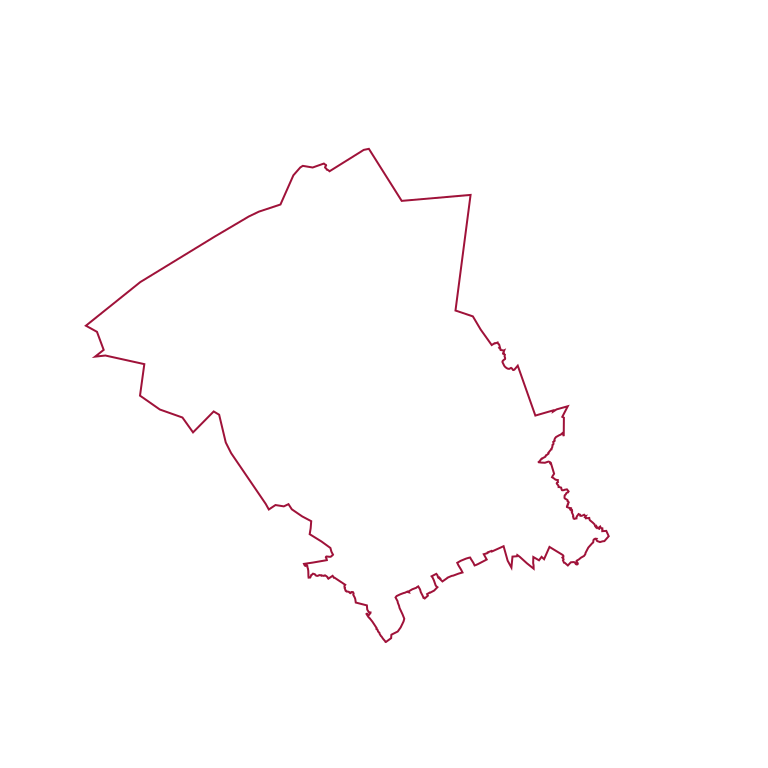 the district of Atoyac de Álvarez, Guerrero, Mexico, rotated 308°
{"feature_id": "50627088B21593643205085", "entity_name": "Atoyac de Álvarez", "entity_type": "district", "adm_level": 2, "iso_a3": "MEX", "parent_name": "Mexico", "parent_adm1": "Guerrero", "projection": "robinson", "projection_center": [-100.398, 17.312], "detail": "fine", "context": "isolated", "style": "outline", "palette": "rose", "viewbox_px": 768, "rotation_deg": 308, "n_neighbors": 0, "source": "geoboundaries", "source_scale": "gbopen_adm2", "svg_char_len": 6142}
<svg xmlns="http://www.w3.org/2000/svg" viewBox="0 0 768 768"><g transform="rotate(308 384 384)"><path d="M505.9,185.7L503.1,184.7L492.7,184.1L461.7,191.9L442.8,179.3L432.7,174.3L396.1,159.9L314.3,129.2L246.4,113.2L248.4,125.7L238.3,142.1L227.7,139.5L234.9,146.9L252.1,182.9L224.6,198.9L225.9,223.1L233.5,245.8L228.3,263.3L257.5,266.7L258.3,273.0L240.5,295.3L235.4,306.1L216.7,364.6L214.2,370.5L221.8,373.0L225.9,380.4L230.5,382.7L228.5,388.5L229.3,401.1L231.1,411.1L225.2,415.0L219.9,417.9L221.4,431.7L221.8,442.7L219.5,445.8L218.1,448.9L217.5,448.9L215.2,448.4L214.6,447.9L212.7,444.9L212.3,444.7L211.7,444.8L211.4,445.3L210.8,446.5L210.0,447.4L199.4,437.8L193.0,431.7L192.3,433.0L192.2,434.0L192.5,434.3L193.6,434.6L193.7,435.1L193.5,435.5L192.3,436.7L191.7,437.7L190.1,439.4L186.0,442.8L185.0,443.8L186.1,445.0L188.8,444.3L189.1,444.6L190.8,444.8L191.3,446.0L191.5,446.9L191.3,447.6L191.1,447.9L191.4,449.0L192.0,449.9L193.6,450.7L194.0,451.5L194.6,452.1L194.4,452.6L194.5,453.0L195.2,453.5L195.8,454.8L196.3,454.9L196.9,455.3L197.1,457.0L197.0,457.5L197.1,458.1L196.4,459.4L196.3,460.0L201.2,461.6L200.5,463.9L200.9,464.2L201.9,477.1L200.6,477.1L199.7,477.8L199.6,478.5L198.9,478.7L198.8,479.1L198.1,480.0L197.5,481.0L197.7,481.3L197.4,481.8L197.5,482.5L198.0,483.0L198.6,484.4L198.4,485.4L198.4,486.2L198.7,486.4L199.9,486.3L200.1,486.5L200.2,487.0L200.7,487.3L200.9,487.8L200.3,488.9L200.0,489.2L199.0,489.5L197.7,492.4L196.8,493.8L194.4,496.3L199.0,506.8L195.9,509.7L194.9,512.4L195.5,513.7L195.4,513.7L195.2,514.3L192.6,514.3L192.4,513.9L192.6,513.5L192.4,512.7L192.6,512.3L192.4,511.9L192.0,511.8L190.8,515.1L190.5,517.0L190.6,517.4L190.4,517.7L189.6,521.1L187.1,528.5L186.4,528.7L186.2,529.0L186.4,529.9L186.3,530.3L185.4,531.6L185.2,532.1L185.2,533.4L184.5,534.2L184.3,534.7L183.5,536.8L183.5,537.5L182.7,539.9L181.9,543.9L181.7,544.1L181.8,544.3L188.1,546.1L190.9,544.2L191.1,544.2L197.4,547.2L202.4,547.0L208.9,545.6L211.5,544.5L213.8,540.6L217.1,534.1L218.5,532.4L220.1,529.6L221.2,528.4L222.9,524.5L224.7,524.5L228.3,526.3L231.4,528.2L232.4,529.0L234.6,530.1L234.9,530.3L234.7,530.8L235.2,532.0L235.7,531.1L239.7,532.7L243.3,534.9L244.4,535.1L245.6,535.6L244.3,538.9L242.6,541.2L241.0,544.7L239.8,546.8L240.2,547.0L240.7,547.7L240.4,548.2L244.2,548.9L245.0,547.3L247.9,548.5L247.9,548.8L252.1,550.7L256.8,551.2L256.8,549.8L257.1,548.7L260.0,544.2L261.4,541.4L261.8,539.9L266.6,542.1L266.2,543.8L264.9,545.7L264.8,546.1L265.6,546.5L265.3,548.0L264.8,547.8L264.4,551.6L270.3,553.4L270.5,553.3L274.5,555.5L275.6,556.5L280.5,559.5L283.8,561.9L285.1,559.2L286.9,554.4L288.2,551.8L291.9,553.3L297.0,556.2L299.8,558.2L300.3,558.8L299.8,559.7L298.1,564.5L296.8,567.1L298.0,567.9L299.9,568.9L308.9,573.0L311.3,567.4L313.9,569.3L314.0,569.2L315.2,569.8L315.4,569.5L318.7,571.5L318.4,572.1L319.5,572.7L329.8,578.1L320.9,590.2L317.8,597.4L327.1,591.5L330.1,594.8L331.3,594.3L331.4,597.4L330.7,607.0L330.6,615.6L333.3,613.4L334.7,611.8L339.6,608.2L340.5,614.7L344.8,614.6L344.5,618.0L357.5,614.7L359.3,630.1L359.0,631.2L358.2,631.8L357.5,631.4L357.0,631.4L356.8,632.6L356.5,633.4L356.2,633.6L355.3,633.5L354.0,635.8L354.4,636.6L354.2,640.6L358.5,641.0L360.2,642.8L360.8,643.8L360.8,644.4L360.2,646.0L360.3,646.7L360.6,647.2L361.2,647.5L362.0,647.1L362.7,645.0L363.3,644.6L365.8,645.6L368.3,646.1L371.7,647.5L373.8,647.4L375.0,646.8L380.9,645.7L386.7,646.1L387.9,646.4L389.9,645.2L390.7,645.1L392.2,645.7L392.8,646.7L392.2,646.7L391.5,648.7L392.4,651.5L394.6,653.1L395.9,654.4L402.4,654.8L405.1,649.6L402.4,646.6L403.4,645.8L403.9,645.7L404.7,644.9L404.1,644.2L404.4,642.7L404.6,642.5L404.8,642.1L403.7,641.8L402.4,642.6L402.1,641.7L402.1,640.5L402.6,639.2L401.6,639.5L402.0,637.8L403.0,636.4L403.3,633.9L403.4,630.2L403.7,629.4L404.8,628.2L404.2,627.6L402.5,625.8L403.0,625.4L402.7,624.4L404.1,624.3L403.7,624.0L404.1,623.1L404.2,622.2L403.4,621.9L401.7,620.8L401.0,619.8L401.7,618.9L401.5,618.4L401.3,617.4L400.4,617.5L399.1,617.4L397.3,617.8L396.6,618.4L395.7,617.5L395.1,617.3L394.7,616.3L396.0,614.5L396.5,614.5L397.4,613.2L398.4,611.2L398.7,610.8L399.2,610.9L400.5,609.7L400.8,608.4L399.7,608.3L400.0,607.6L400.6,607.9L401.2,607.7L400.3,605.9L399.7,603.9L400.3,603.4L402.0,603.3L402.2,602.9L402.7,602.9L402.7,602.7L404.5,602.4L404.7,601.6L404.6,600.9L405.4,600.3L405.5,599.7L405.2,597.6L405.2,596.7L405.8,596.0L407.4,595.0L408.2,595.0L408.8,595.2L410.2,594.9L411.4,595.3L411.9,595.7L413.0,595.6L413.6,593.0L411.8,591.4L411.3,591.2L410.7,590.7L410.1,590.0L409.9,589.6L410.2,588.9L411.4,587.4L410.6,585.3L410.3,585.0L411.4,583.9L411.6,582.4L412.0,581.3L412.5,581.1L413.8,581.5L414.5,580.6L415.3,580.2L414.2,578.0L414.2,575.7L414.0,573.8L415.4,573.5L418.0,573.3L423.8,565.1L423.5,565.1L423.8,563.7L424.6,563.4L424.6,562.7L424.2,561.5L423.9,561.2L421.0,559.3L418.9,556.3L417.6,554.1L417.7,553.9L419.2,554.2L420.4,554.1L420.6,554.2L421.8,554.1L422.5,554.6L422.8,554.4L423.2,554.7L426.0,555.9L426.5,555.9L426.9,555.6L427.8,555.6L428.1,555.9L430.4,556.5L430.8,556.3L430.9,555.9L434.0,555.9L435.0,556.0L435.6,555.8L435.8,556.1L436.1,555.9L437.8,555.5L438.2,555.2L439.2,554.8L439.6,554.3L440.9,554.5L441.7,554.0L442.5,553.0L444.1,553.5L444.5,553.3L444.6,552.8L445.7,552.4L446.3,552.2L448.1,552.2L451.7,553.7L452.8,554.4L455.3,554.9L453.6,557.7L468.2,546.5L467.9,544.7L479.6,542.5L470.2,535.6L466.2,534.2L467.4,533.6L452.3,522.7L480.8,478.1L475.5,477.9L474.6,477.3L474.5,477.1L475.0,475.2L474.9,474.2L474.3,473.9L473.2,473.5L472.4,472.4L472.0,470.8L472.1,468.6L472.4,467.5L474.1,464.0L474.5,463.6L475.5,463.3L476.0,463.6L476.7,463.5L478.2,464.0L479.0,463.5L480.1,461.9L481.5,461.2L481.4,460.5L481.7,460.1L481.2,459.5L481.2,459.1L482.4,458.6L483.1,458.7L483.5,458.3L484.6,458.0L484.2,457.8L482.6,455.0L483.3,454.2L483.2,453.3L483.4,452.6L484.1,453.0L486.0,450.4L486.1,448.9L486.7,448.0L485.5,447.3L484.6,446.4L484.5,446.6L483.7,446.0L482.7,445.5L481.0,444.9L486.4,426.7L492.0,412.4L485.9,395.1L586.3,335.8L539.2,285.2L560.0,227.3L556.0,223.9L518.1,210.1L518.2,208.6L517.7,206.9L518.1,206.4L518.3,204.3L518.9,204.0L520.6,203.8L520.9,203.3L520.6,201.8L520.7,200.9L510.7,194.5L505.9,185.7Z" fill="none" stroke="#9f1239" stroke-width="2"/></g></svg>